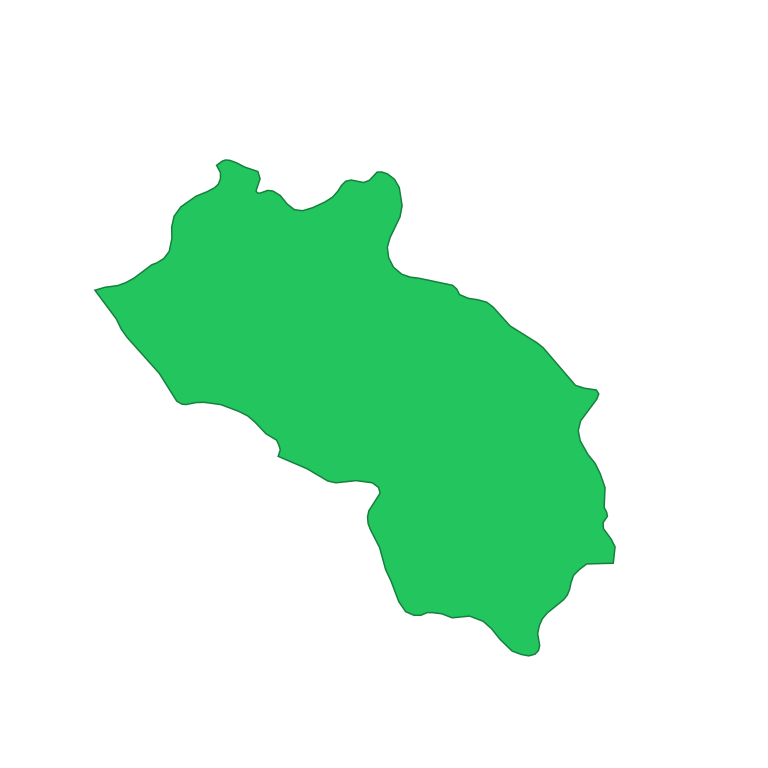 an SVG outline of Nara, rotated 305°
{"feature_id": "JPN-1851", "entity_name": "Nara", "entity_type": "Prefecture", "adm_level": 1, "iso_a3": "JPN", "parent_name": "Japan", "parent_adm1": "", "projection": "mercator", "projection_center": [135.875, 34.299], "detail": "fine", "context": "isolated", "style": "filled", "palette": "green", "viewbox_px": 768, "rotation_deg": 305, "n_neighbors": 0, "source": "natural_earth", "source_scale": "10m", "svg_char_len": 1981}
<svg xmlns="http://www.w3.org/2000/svg" viewBox="0 0 768 768"><g transform="rotate(305 384 384)"><path d="M467.1,121.4L473.9,123.7L476.7,125.8L478.8,129.5L480.6,136.3L481.8,145.5L485.7,158.8L481.0,164.8L468.8,168.4L467.9,170.9L469.4,173.1L475.9,177.7L478.4,182.4L478.9,191.0L475.9,201.4L475.4,210.6L479.3,218.0L487.6,224.5L498.6,230.9L507.6,234.7L515.3,235.6L522.3,235.3L528.1,236.3L532.3,240.2L537.4,251.8L542.5,255.2L553.6,256.8L556.4,260.6L558.1,266.3L557.7,275.2L553.7,283.8L540.5,296.5L530.0,301.3L507.4,305.0L497.9,308.3L490.1,315.4L485.1,324.8L484.1,335.5L486.5,344.0L490.7,352.0L504.2,383.6L503.5,389.1L500.6,394.5L502.4,403.6L506.8,412.5L509.9,421.2L509.6,429.2L503.9,453.8L505.5,485.8L505.0,493.6L492.7,541.6L495.4,550.4L500.9,561.4L499.0,565.7L493.5,567.0L466.5,566.2L457.2,569.9L450.0,577.3L443.2,591.6L440.1,602.4L434.5,612.6L425.9,624.5L409.2,635.1L406.7,639.9L403.8,642.9L396.1,643.0L391.4,646.7L387.2,659.1L383.1,666.7L368.7,674.6L352.8,653.2L344.2,650.5L336.1,649.0L328.4,651.2L322.1,653.9L316.2,655.2L310.5,654.9L289.8,649.0L282.4,648.4L275.2,649.8L267.7,653.0L259.1,661.5L254.3,663.4L249.3,662.7L244.3,658.5L241.1,651.4L238.7,642.0L241.4,625.4L245.2,612.4L246.5,601.3L243.0,587.3L231.6,574.0L228.9,563.1L224.6,555.0L221.6,550.6L215.6,546.8L211.7,541.1L209.9,532.4L214.1,521.1L226.6,502.8L232.9,491.8L247.5,474.2L256.7,456.8L260.4,451.2L265.6,446.8L271.4,444.3L292.3,443.4L296.1,439.0L296.4,431.1L288.8,416.5L275.5,401.3L272.3,393.6L270.4,369.4L264.0,338.8L270.6,336.8L273.7,332.9L276.4,328.2L275.5,316.0L278.8,299.9L279.7,290.6L278.2,280.4L273.5,262.1L265.9,247.3L261.0,240.7L253.7,233.7L251.6,230.0L251.1,224.0L263.8,193.8L274.8,147.0L278.2,137.4L283.7,127.5L295.0,93.4L303.1,99.9L312.2,109.7L319.2,114.5L327.4,118.5L348.5,125.4L353.0,128.5L360.6,131.7L369.5,132.0L381.7,126.7L390.7,120.1L401.1,115.8L412.6,116.0L430.0,122.3L440.4,129.0L447.7,132.7L452.6,133.7L458.3,132.3L463.3,128.8L467.1,121.4Z" fill="#22c55e" stroke="#15803d" stroke-width="1.5"/></g></svg>